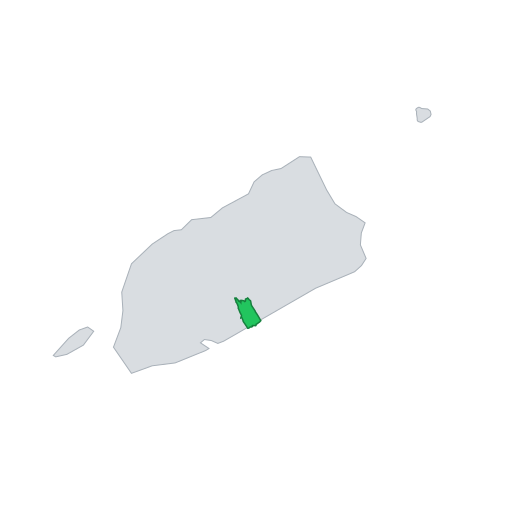 Vega Baja, Puerto Rico shown in context, rotated 148°
{"feature_id": "32010507B42725289573863", "entity_name": "Vega Baja", "entity_type": "district", "adm_level": 2, "iso_a3": "PRI", "parent_name": "Puerto Rico", "parent_adm1": "", "projection": "equal_earth", "projection_center": [-66.393, 18.418], "detail": "fine", "context": "in_parent", "style": "filled", "palette": "green", "viewbox_px": 512, "rotation_deg": 148, "n_neighbors": 0, "source": "geoboundaries", "source_scale": "gbopen_adm2", "svg_char_len": 2568}
<svg xmlns="http://www.w3.org/2000/svg" viewBox="0 0 512 512"><g transform="rotate(148 256 256)"><path d="M338.7,208.0L344.0,212.5L349.1,211.8L344.9,202.5L348.7,202.5L381.3,208.2L402.2,217.9L423.8,222.5L425.2,254.2L408.6,266.9L397.8,280.2L389.0,296.5L365.7,315.4L337.7,321.1L319.1,321.6L312.1,321.0L305.4,317.8L291.3,320.9L273.9,312.6L259.0,314.6L229.4,312.7L218.3,319.9L207.7,321.5L197.3,320.2L188.4,316.9L166.5,317.2L157.2,310.9L161.1,274.7L161.4,258.4L156.1,244.9L150.2,236.3L145.9,226.3L154.5,219.7L161.6,210.1L163.9,195.6L171.6,192.0L180.7,190.4L222.6,197.1L328.6,200.9L334.7,202.1L338.7,208.0ZM458.4,285.5L445.1,286.9L436.4,285.0L433.5,278.2L449.6,271.9L468.5,272.8L479.3,276.6L480.6,279.1L458.4,285.5ZM42.3,295.9L40.7,296.1L39.1,295.9L38.4,295.2L37.3,293.2L32.5,289.7L31.4,286.6L32.5,283.3L34.5,282.0L44.3,281.6L45.3,281.9L47.3,284.2L47.3,285.8L46.3,287.4L44.6,291.4L43.9,292.4L43.3,293.4L43.1,295.2L42.3,295.9Z" fill="#d9dde1" stroke="#a8b0b8" stroke-width="1"/><path d="M301.3,199.1L300.5,198.7L299.5,198.7L298.5,198.9L298.3,198.7L297.4,198.2L296.6,198.1L296.4,198.1L296.3,198.4L296.1,198.9L295.7,198.9L295.1,198.4L294.6,198.1L294.3,198.0L294.2,197.9L293.5,197.2L293.4,197.2L293.2,197.2L292.9,197.1L292.0,197.9L292.0,198.0L290.7,197.9L289.8,198.0L289.5,198.1L288.0,198.1L287.7,198.2L287.1,198.4L286.2,198.6L286.0,204.0L286.0,204.8L286.0,206.6L286.0,207.4L286.2,208.6L286.1,209.0L285.9,209.3L285.9,210.1L285.9,211.5L286.0,215.9L285.9,216.8L285.7,217.4L285.6,217.7L284.6,220.2L284.4,220.7L284.4,221.2L284.8,221.9L285.0,222.7L285.1,223.5L285.0,223.8L285.3,224.8L285.9,224.6L286.3,224.6L286.6,224.9L287.8,225.0L287.9,224.9L288.4,223.9L288.6,223.7L289.0,223.3L289.7,223.3L289.8,223.4L289.8,224.1L290.0,224.4L290.8,225.2L292.1,226.3L292.3,226.4L292.6,226.5L292.5,226.1L292.6,225.5L293.3,225.0L293.5,224.7L293.5,225.0L294.1,226.0L294.7,226.9L294.4,227.2L294.6,228.2L294.6,228.9L294.9,229.7L295.1,229.9L295.0,230.3L295.1,230.9L295.4,230.9L295.9,231.4L296.1,231.1L296.3,231.3L296.6,231.0L296.4,230.2L296.8,229.6L296.8,228.5L297.0,228.3L297.3,227.8L297.4,227.2L297.2,226.7L297.2,226.1L297.4,225.6L297.3,224.6L297.5,224.4L297.6,223.8L297.9,222.4L298.4,221.6L298.8,221.0L298.8,220.6L298.8,220.4L299.0,219.3L299.5,216.6L299.6,215.4L299.7,213.4L299.9,213.2L300.1,212.9L300.5,212.4L300.8,212.2L301.1,212.2L301.6,211.6L301.4,211.6L301.0,211.3L300.9,211.4L300.7,211.3L300.7,211.1L300.9,209.5L301.1,208.5L301.5,207.3L301.5,207.2L301.5,206.5L301.4,204.9L301.4,204.6L301.4,204.4L301.3,201.5L301.3,200.7L301.3,199.1Z" fill="#22c55e" stroke="#15803d" stroke-width="1.5"/></g></svg>